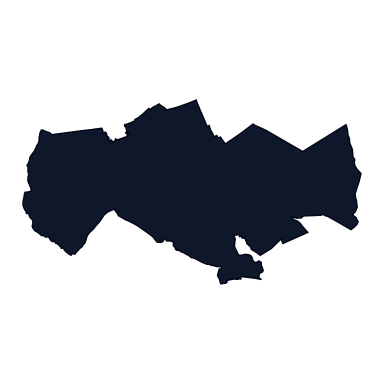 outline of Manesti, Dâmbovita, Romania
{"feature_id": "2599482B57698310320107", "entity_name": "Manesti", "entity_type": "district", "adm_level": 2, "iso_a3": "ROU", "parent_name": "Romania", "parent_adm1": "Dâmbovita", "projection": "equal_earth", "projection_center": [25.283, 44.948], "detail": "fine", "context": "isolated", "style": "filled", "palette": "ink", "viewbox_px": 384, "rotation_deg": 0, "n_neighbors": 0, "source": "geoboundaries", "source_scale": "gbopen_adm2", "svg_char_len": 5886}
<svg xmlns="http://www.w3.org/2000/svg" viewBox="0 0 384 384"><path d="M221.2,283.9L222.0,283.8L223.6,283.2L224.9,283.3L225.6,283.2L227.1,282.0L226.9,281.4L226.8,280.5L229.0,279.9L234.6,278.9L235.7,279.1L236.2,279.3L236.8,279.1L238.0,279.3L238.7,278.8L239.8,278.8L240.7,279.0L240.8,278.0L240.8,276.7L242.4,276.7L255.1,278.2L261.5,279.5L260.0,278.7L259.1,278.0L258.8,276.5L259.4,273.4L262.2,272.1L262.7,271.4L263.2,270.3L261.8,266.5L261.2,265.4L261.3,264.1L261.2,262.7L260.5,261.9L259.3,261.1L258.6,261.1L256.4,262.5L255.4,262.5L254.4,262.1L252.8,260.5L252.2,258.1L251.3,256.3L249.7,255.1L247.0,254.5L244.8,254.4L241.6,255.3L240.0,255.4L239.1,255.2L237.8,253.8L236.3,250.3L234.4,246.7L234.7,242.4L235.2,239.2L234.6,237.4L233.5,235.6L239.3,234.4L239.4,236.3L239.6,236.6L240.5,236.1L241.3,236.4L242.2,238.0L244.8,238.2L246.0,240.5L245.9,241.1L246.5,241.6L246.9,242.5L246.8,243.6L248.0,244.5L251.1,247.4L251.0,248.7L251.2,249.2L256.7,252.6L260.2,255.3L271.1,248.6L281.1,238.9L282.9,243.4L307.7,232.4L301.8,225.6L300.1,223.2L298.5,221.9L297.5,221.2L294.3,220.0L293.6,219.5L292.6,218.6L291.5,217.3L293.6,217.3L296.7,218.2L298.4,217.9L301.2,218.0L302.4,216.6L303.9,215.9L316.7,215.4L321.5,215.1L322.1,214.0L325.3,215.7L327.7,216.3L338.9,222.6L351.0,229.6L354.3,227.0L356.9,224.4L357.9,222.5L357.9,221.3L356.6,219.1L356.2,217.8L353.4,215.6L352.9,214.0L355.1,212.1L355.4,211.1L356.2,209.7L356.6,208.3L357.2,207.7L356.4,200.7L355.7,198.2L355.0,194.0L358.9,181.9L361.0,173.5L357.3,169.6L354.9,165.8L354.3,162.9L354.7,159.6L352.8,156.5L352.7,153.7L352.3,149.3L349.7,143.1L349.3,138.4L347.9,134.7L347.3,129.1L345.9,124.8L302.7,151.6L266.5,130.7L263.1,129.0L254.3,125.1L253.0,124.1L242.7,132.0L232.4,139.2L231.9,139.7L230.7,140.2L225.3,144.1L220.4,137.1L218.3,138.1L216.8,135.6L214.7,136.5L214.1,136.1L213.8,135.9L211.0,130.7L210.7,130.3L210.5,130.1L209.2,125.6L207.2,126.5L206.2,124.4L201.5,113.2L200.5,111.0L199.0,107.3L197.2,103.3L196.2,100.1L189.9,102.7L178.8,106.7L172.6,108.5L166.1,110.0L165.8,109.0L164.8,108.1L162.9,106.7L161.3,105.9L159.1,104.0L155.8,105.9L152.3,107.7L150.2,109.8L149.0,108.5L147.6,109.5L143.1,113.9L137.9,118.0L134.9,119.5L135.3,120.3L134.1,121.2L130.1,123.0L125.3,124.7L124.9,124.6L124.5,125.5L124.6,125.9L125.0,126.5L125.5,126.9L126.0,127.5L126.2,128.3L126.3,129.4L127.0,130.8L127.0,131.1L127.3,131.4L128.3,132.0L129.4,132.3L129.4,132.6L128.1,133.8L127.1,133.1L126.2,132.1L125.7,132.6L126.0,133.2L126.5,133.7L128.0,134.9L128.2,135.2L127.1,135.9L127.1,136.3L127.0,136.6L123.8,137.6L122.9,138.0L119.4,139.2L119.2,139.5L118.6,139.5L118.0,139.8L116.9,139.7L115.6,138.9L115.4,139.2L115.6,139.9L115.6,140.2L114.6,140.9L114.2,141.4L113.7,141.6L113.4,141.9L112.7,141.8L112.4,142.0L112.2,141.7L112.0,141.1L111.9,140.8L111.3,140.8L111.0,140.7L110.9,140.5L110.8,139.8L109.5,140.7L108.9,140.6L108.4,140.2L107.7,140.4L107.4,140.1L107.5,139.6L108.7,139.0L109.0,138.6L109.0,138.3L108.6,137.6L108.6,137.4L108.4,137.2L108.0,137.2L107.8,137.4L107.5,137.3L107.4,137.1L107.5,136.9L107.8,137.0L107.8,136.7L107.0,135.9L106.5,135.7L106.2,135.0L106.3,134.7L106.6,134.6L106.7,134.4L106.4,133.9L106.0,133.7L106.3,133.3L105.9,132.7L105.4,132.3L105.0,132.2L103.6,132.5L103.0,132.4L102.7,131.5L102.6,130.9L102.7,130.6L102.6,130.0L102.3,129.4L101.8,128.9L101.7,128.3L93.6,129.3L92.6,129.6L83.7,130.5L51.9,134.7L49.7,132.8L46.3,131.7L42.0,129.9L41.6,130.0L41.4,130.2L40.7,131.5L40.1,132.9L39.8,134.1L39.1,138.6L39.1,138.9L39.3,139.5L39.3,140.0L38.4,143.2L37.9,144.1L36.7,145.8L36.3,146.8L36.0,148.0L35.3,149.2L34.5,150.9L30.5,156.2L29.8,158.0L29.5,160.1L28.5,163.1L27.9,164.3L27.3,164.7L27.1,165.3L27.2,166.0L27.7,166.5L28.1,167.6L28.0,171.6L28.3,173.1L28.6,173.5L28.8,174.1L28.6,175.2L28.3,176.5L28.0,177.0L28.0,178.4L28.2,179.5L28.1,179.8L27.7,180.2L27.9,180.8L28.7,181.9L28.4,182.4L31.0,188.4L31.3,191.0L30.8,191.3L27.1,192.2L26.0,192.2L25.1,192.3L24.5,194.0L23.8,198.3L23.4,199.7L23.1,202.0L23.0,203.4L23.2,205.7L24.2,208.5L24.9,209.7L25.3,210.5L26.0,211.5L26.4,212.4L26.5,212.8L26.4,213.3L26.5,213.5L26.9,213.5L27.6,212.9L28.0,212.5L28.3,212.8L28.9,214.6L29.9,217.1L30.4,218.0L31.2,218.5L32.2,219.6L32.7,220.2L32.9,221.1L33.0,222.1L32.9,222.5L32.9,223.6L32.2,226.2L33.2,228.5L34.7,230.5L38.8,233.1L39.9,234.1L40.6,234.8L41.9,235.6L42.2,235.7L43.3,235.3L43.7,235.4L44.9,236.7L46.1,237.2L46.6,236.6L47.7,236.8L49.2,237.4L49.6,238.5L50.9,240.5L52.9,241.7L53.8,241.1L54.2,241.2L54.6,241.5L55.1,242.0L55.3,242.6L55.4,242.9L56.1,243.2L57.5,243.9L57.7,244.2L58.0,244.4L58.7,244.4L58.9,244.6L59.1,245.5L59.3,245.9L59.9,246.1L60.1,246.0L60.5,246.0L60.9,246.9L60.9,247.5L61.0,247.8L61.3,248.2L61.6,248.3L62.1,248.2L62.7,248.1L63.1,247.8L64.5,250.1L66.0,251.7L68.9,254.0L71.0,255.2L71.8,254.2L71.9,253.7L72.8,253.5L73.3,253.8L74.1,253.9L74.5,254.1L75.0,254.1L76.1,252.4L78.0,250.5L79.0,249.3L79.1,249.1L79.5,248.6L81.9,246.9L83.3,244.7L84.9,242.9L85.3,241.9L86.7,237.1L87.4,235.4L89.2,232.9L93.4,228.9L96.1,225.5L99.6,221.6L102.1,218.0L103.7,215.4L104.5,214.5L107.8,212.0L109.0,211.3L112.4,209.8L114.2,209.3L114.4,209.4L115.0,210.2L118.0,214.4L118.3,214.9L118.2,215.6L119.4,216.1L125.2,219.5L128.9,221.1L133.8,223.6L136.0,224.8L138.4,226.3L149.5,234.1L152.9,236.8L156.5,241.5L157.1,242.0L158.0,242.1L159.8,242.3L161.0,242.3L162.0,242.0L162.9,241.3L164.5,239.1L165.2,238.5L165.6,239.0L166.5,240.8L170.6,241.0L173.3,241.7L173.4,245.0L173.6,246.0L174.4,246.9L175.8,247.5L175.9,248.0L175.3,249.0L176.2,249.8L177.2,250.3L178.9,250.4L179.4,250.6L181.3,251.8L183.0,252.3L184.3,253.1L188.1,255.2L189.9,256.3L190.9,257.3L191.5,257.6L192.8,257.8L195.0,258.5L198.4,260.2L202.1,262.3L205.0,263.4L206.3,264.0L207.5,264.3L208.7,264.2L209.5,264.4L210.0,264.8L211.5,265.3L213.6,265.6L217.1,266.6L218.6,266.7L220.7,266.5L221.9,266.6L221.3,268.7L220.7,268.6L220.3,268.6L219.1,269.5L218.5,271.7L217.8,274.2L217.6,275.8L218.0,276.6L219.8,279.8L220.1,282.2L221.2,283.9Z" fill="#0f172a" stroke="#020617" stroke-width="1.5"/></svg>